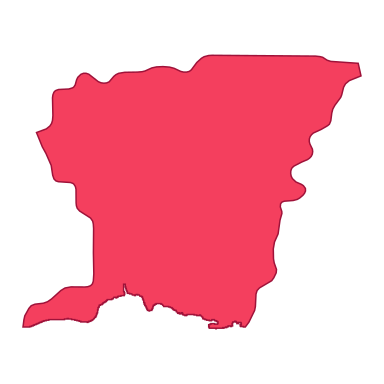 the district of La Romana, La Romana, Dominican Republic
{"feature_id": "3306468B23578023399759", "entity_name": "La Romana", "entity_type": "district", "adm_level": 2, "iso_a3": "DOM", "parent_name": "Dominican Republic", "parent_adm1": "La Romana", "projection": "mercator", "projection_center": [-68.939, 18.464], "detail": "fine", "context": "isolated", "style": "filled", "palette": "rose", "viewbox_px": 384, "rotation_deg": 0, "n_neighbors": 0, "source": "geoboundaries", "source_scale": "gbopen_adm2", "svg_char_len": 5843}
<svg xmlns="http://www.w3.org/2000/svg" viewBox="0 0 384 384"><path d="M358.2,63.3L330.8,61.4L327.1,60.2L322.7,57.3L320.0,56.6L315.5,56.1L211.9,55.3L208.7,55.5L204.1,56.7L201.4,58.3L196.8,62.5L191.3,69.9L189.3,71.4L186.5,72.1L183.7,72.1L180.7,71.4L174.1,68.3L169.5,67.1L163.0,66.6L156.6,66.9L151.9,67.9L145.0,71.0L142.1,71.7L137.4,72.1L124.7,72.3L118.7,73.3L116.0,74.6L113.8,76.4L109.2,81.8L106.7,82.9L103.9,83.2L101.0,82.8L98.2,81.6L88.8,74.2L86.1,73.3L83.5,73.3L80.9,74.3L77.8,77.3L76.6,79.8L75.2,84.9L73.8,87.0L72.7,87.8L68.8,89.0L58.6,89.5L56.0,90.4L54.8,91.2L53.9,92.3L52.9,94.9L52.5,97.8L52.9,115.6L52.5,120.4L51.6,123.4L49.9,126.0L46.3,128.9L36.5,132.5L42.3,146.8L46.0,153.5L51.2,165.4L52.7,175.3L54.0,179.0L55.9,180.9L58.3,181.7L70.4,182.5L72.9,183.4L73.9,184.2L75.4,186.6L76.0,189.3L76.1,202.9L76.4,205.8L77.3,208.4L79.7,211.1L90.5,218.0L92.7,221.2L93.3,224.0L93.6,228.6L93.4,252.8L93.8,273.9L93.3,281.2L92.4,283.8L91.5,284.9L90.3,285.8L87.8,286.7L85.0,287.0L71.0,286.9L65.0,288.0L60.9,290.5L51.5,299.0L47.6,301.7L43.4,303.2L34.9,304.2L31.2,305.7L28.9,308.4L24.8,315.8L23.9,319.9L23.0,327.0L29.8,327.0L29.8,326.5L31.5,326.5L31.5,325.9L33.1,325.9L33.1,325.3L34.2,325.3L34.2,324.7L35.8,324.7L35.8,324.2L36.9,324.2L36.9,323.6L38.5,323.6L38.5,323.0L39.6,323.0L39.6,322.4L41.2,322.4L41.2,321.9L42.3,321.9L42.3,321.3L43.9,321.3L43.9,320.7L46.1,320.7L46.1,320.2L48.8,320.2L48.8,319.6L64.5,319.6L64.5,319.0L67.2,319.0L67.2,318.5L68.3,318.5L68.3,319.0L71.6,319.0L71.6,319.6L74.8,319.6L74.8,320.2L77.0,320.2L77.0,320.7L79.2,320.7L79.2,321.3L80.8,321.3L80.8,321.9L87.3,321.9L87.3,322.4L87.8,322.4L87.8,321.9L88.9,321.9L88.9,321.3L90.6,321.3L90.6,320.7L91.6,320.7L91.6,320.2L92.7,320.2L92.7,319.6L93.8,319.0L93.8,318.5L94.4,318.5L94.9,317.3L95.4,317.3L95.4,316.7L96.0,316.7L96.0,315.6L96.5,315.6L96.5,313.9L97.1,313.9L97.1,312.7L97.6,312.7L97.6,309.9L98.1,309.9L98.1,307.6L98.7,307.6L98.7,307.0L99.2,307.0L99.2,305.3L100.3,305.3L100.3,304.7L101.9,304.7L101.9,304.2L102.5,304.2L102.5,303.6L103.0,303.6L103.0,303.0L103.6,303.0L103.6,302.5L104.7,302.5L104.7,301.9L105.7,301.9L105.7,301.3L106.3,301.3L106.3,300.7L106.8,300.7L106.8,300.2L107.4,300.2L107.4,299.6L111.7,299.6L111.7,299.0L112.8,299.0L112.8,298.5L113.3,298.5L113.9,297.3L116.0,297.3L116.0,297.9L116.6,297.9L116.6,297.3L117.7,297.3L117.7,296.7L118.2,296.7L118.2,296.2L120.9,296.2L120.9,295.6L124.2,295.6L124.2,294.5L124.7,294.5L124.7,292.7L124.2,292.7L124.2,291.6L123.6,291.6L123.6,284.2L125.3,284.2L125.3,287.0L125.8,287.0L125.8,288.7L126.3,288.7L126.3,290.5L126.9,290.5L126.9,291.6L127.4,291.6L127.4,293.3L129.6,293.3L129.6,293.9L131.8,293.9L132.3,295.0L134.5,295.0L134.5,295.6L135.6,295.6L136.1,294.5L137.7,294.5L137.7,295.0L139.4,295.0L139.9,296.2L141.5,296.2L141.5,296.7L142.1,296.7L142.1,297.3L142.6,297.3L142.6,299.0L143.2,299.0L143.2,300.2L143.7,300.2L143.7,302.5L144.2,302.5L144.2,303.0L144.8,303.0L144.8,303.6L144.2,303.6L144.2,304.2L144.8,304.2L144.8,305.3L145.3,305.3L145.3,305.9L145.9,305.9L145.9,307.0L146.4,307.0L146.4,308.2L146.9,308.2L146.9,309.3L147.5,309.3L147.5,310.4L149.1,310.4L149.1,311.0L149.6,311.0L149.6,310.4L151.8,310.4L151.8,309.3L152.4,309.3L152.4,308.2L152.9,308.2L152.9,306.5L153.4,306.5L153.4,305.3L154.5,305.3L154.5,304.7L155.1,304.7L155.1,304.2L156.2,304.2L156.2,303.6L161.0,303.6L161.0,304.2L162.1,304.2L162.7,305.3L163.2,305.3L163.7,306.5L168.6,306.5L168.6,307.0L170.3,307.0L170.3,307.6L171.9,307.6L171.9,308.2L172.4,308.2L172.4,308.7L173.0,308.7L173.0,309.3L173.5,309.3L173.5,309.9L174.6,309.9L174.6,310.4L176.2,310.4L176.2,311.6L176.8,311.6L177.3,312.7L177.8,312.7L177.8,313.3L178.4,313.3L178.4,312.7L179.5,312.7L179.5,313.9L181.1,313.9L181.1,313.3L181.6,313.3L181.6,312.7L182.2,312.7L182.2,313.3L182.7,313.3L182.7,314.5L183.3,314.5L183.3,315.0L184.9,315.0L184.9,315.6L186.5,315.6L186.5,315.0L187.1,315.0L187.1,314.5L194.1,314.5L194.1,315.0L196.8,315.0L196.8,315.6L199.5,315.6L199.5,315.0L200.6,315.0L201.2,316.2L201.7,316.2L202.2,317.3L202.8,317.3L202.8,318.5L203.3,318.5L203.3,319.0L204.9,319.0L204.9,319.6L206.6,319.6L206.6,320.2L209.3,320.2L209.3,320.7L211.5,320.7L211.5,320.2L212.0,320.2L212.0,319.6L214.2,319.6L214.2,320.2L214.7,320.2L214.7,320.7L216.3,320.7L216.3,321.3L217.4,321.3L217.4,321.9L218.0,321.9L218.0,323.6L217.4,323.6L217.4,324.2L214.7,324.2L214.7,323.6L210.9,323.6L210.9,324.2L209.8,324.2L209.8,324.7L208.7,324.7L208.7,327.0L209.3,327.0L209.3,328.2L215.8,328.2L215.8,328.7L216.3,328.7L216.3,328.2L222.8,328.2L222.8,327.6L223.4,327.6L223.4,328.2L223.9,328.2L223.9,327.6L225.6,327.6L225.6,327.0L226.1,327.0L226.1,327.6L226.6,327.6L226.6,327.0L227.7,327.0L227.7,326.5L228.3,326.5L228.3,325.9L230.4,325.9L230.4,326.5L231.5,326.5L231.5,325.9L232.6,325.9L232.6,325.3L232.1,325.3L232.1,323.6L232.6,323.6L232.6,322.4L233.1,322.4L233.1,321.9L234.8,321.9L234.8,321.3L235.8,321.3L235.8,321.9L236.4,321.9L236.4,322.4L237.1,322.5L236.9,323.6L238.6,323.6L238.6,322.4L240.7,322.4L240.7,323.0L241.3,323.0L241.3,324.7L240.2,324.7L240.2,325.9L240.7,325.9L240.7,326.5L243.4,326.5L243.4,327.0L245.3,327.0L248.9,322.2L254.6,310.5L255.4,306.5L256.0,294.1L257.1,290.5L259.5,287.9L271.7,280.7L273.8,277.8L276.2,272.8L276.5,269.5L274.2,262.9L273.5,258.9L273.3,248.9L274.5,242.0L278.1,233.9L280.0,220.2L281.9,213.5L281.8,211.5L280.3,206.9L280.6,203.7L282.1,202.0L284.3,201.2L293.2,200.5L297.3,199.4L299.7,198.0L302.9,195.3L304.5,193.3L305.5,191.0L305.4,188.4L303.4,185.7L301.5,184.4L296.0,182.0L292.4,178.6L291.2,176.2L290.7,173.6L290.8,171.0L291.6,168.6L292.3,167.6L294.1,166.0L301.6,162.1L307.5,159.6L309.5,158.2L311.2,156.4L312.3,154.2L312.7,151.6L312.4,149.1L309.9,144.0L309.3,141.7L309.3,139.1L310.1,136.7L311.5,134.7L313.4,133.0L321.4,129.3L327.6,125.7L329.4,124.2L330.8,120.8L331.8,113.0L332.8,109.1L334.8,105.4L340.7,97.4L341.7,94.9L343.6,87.2L345.5,83.8L349.3,80.6L361.0,75.9L358.2,63.3Z" fill="#f43f5e" stroke="#9f1239" stroke-width="1.5"/></svg>